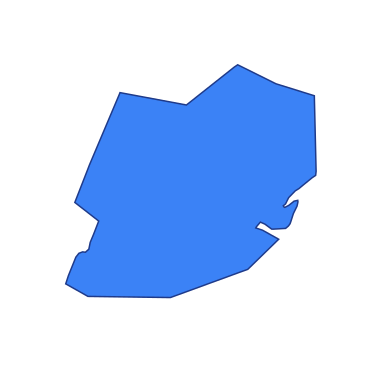 the district of Union Vale, Soufrière, Saint Lucia, rotated 24°
{"feature_id": "8701671B13319398950854", "entity_name": "Union Vale", "entity_type": "district", "adm_level": 2, "iso_a3": "LCA", "parent_name": "Saint Lucia", "parent_adm1": "Soufrière", "projection": "natural_earth1", "projection_center": [-61.055, 13.811], "detail": "fine", "context": "isolated", "style": "filled", "palette": "blue", "viewbox_px": 384, "rotation_deg": 24, "n_neighbors": 0, "source": "geoboundaries", "source_scale": "gbopen_adm2", "svg_char_len": 977}
<svg xmlns="http://www.w3.org/2000/svg" viewBox="0 0 384 384"><g transform="rotate(24 192 192)"><path d="M271.9,198.2L269.0,198.5L264.9,198.9L265.0,197.5L266.7,191.7L270.3,191.7L271.7,191.7L279.9,193.5L281.1,193.0L292.3,187.2L292.7,186.4L293.8,184.1L294.0,183.5L294.5,181.1L294.3,178.6L293.4,170.5L293.6,165.0L293.7,162.3L293.3,160.2L292.8,157.9L292.3,157.1L292.0,156.6L288.9,158.9L288.6,159.6L285.8,164.9L284.5,166.5L283.1,168.3L282.5,168.4L281.3,167.7L281.0,167.5L281.2,167.0L282.3,164.9L282.6,157.8L285.9,148.9L288.3,145.4L290.8,140.3L295.9,130.2L298.2,126.5L297.0,122.7L264.6,54.3L224.6,59.0L182.0,57.2L179.8,60.7L151.5,114.8L85.8,130.5L85.9,132.6L87.3,209.1L87.6,214.8L89.2,249.2L118.6,256.5L119.3,270.8L119.5,279.4L120.4,283.4L121.0,286.2L119.1,290.4L116.4,291.2L113.6,294.0L112.4,298.7L113.1,318.6L114.0,327.3L139.4,329.7L200.5,303.5L215.2,297.2L267.4,246.7L271.8,242.5L274.4,240.0L290.4,199.9L271.9,198.2Z" fill="#3b82f6" stroke="#1e3a8a" stroke-width="1.5"/></g></svg>